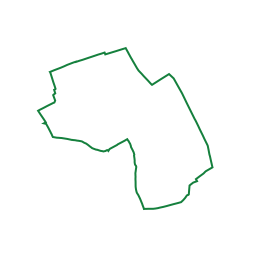 outline of Melchor Ocampo, México, Mexico, rotated 54°
{"feature_id": "50627088B63143835112864", "entity_name": "Melchor Ocampo", "entity_type": "district", "adm_level": 2, "iso_a3": "MEX", "parent_name": "Mexico", "parent_adm1": "México", "projection": "albers", "projection_center": [-99.133, 19.708], "detail": "fine", "context": "isolated", "style": "outline", "palette": "green", "viewbox_px": 256, "rotation_deg": 54, "n_neighbors": 0, "source": "geoboundaries", "source_scale": "gbopen_adm2", "svg_char_len": 2991}
<svg xmlns="http://www.w3.org/2000/svg" viewBox="0 0 256 256"><g transform="rotate(54 128 128)"><path d="M104.1,180.9L104.4,180.7L105.2,179.7L105.4,179.6L106.6,178.2L107.5,177.3L108.3,176.6L108.8,176.0L110.2,174.6L111.7,173.2L112.8,172.7L114.2,172.1L115.7,171.2L116.0,171.0L116.4,170.9L116.6,170.8L118.5,170.2L120.0,169.8L121.4,169.4L122.2,169.1L123.1,168.9L124.4,168.1L125.9,167.1L126.4,166.8L126.9,166.3L127.4,165.9L127.5,165.7L128.9,164.7L130.4,163.6L131.1,162.9L131.8,162.2L132.5,161.7L132.6,161.4L133.4,159.7L133.4,158.8L133.4,158.6L133.7,157.8L133.9,157.5L135.0,157.4L134.6,156.4L134.2,155.3L134.2,155.0L134.3,154.2L135.3,146.8L135.2,146.0L135.7,142.4L135.9,141.1L136.1,139.7L136.3,138.2L136.6,135.2L138.2,135.3L138.6,135.2L139.5,135.3L140.8,135.5L141.8,135.5L143.1,135.9L144.4,136.3L144.9,136.7L148.9,137.3L149.7,137.5L150.5,137.6L151.5,137.9L153.3,138.6L153.8,139.3L154.4,139.6L156.3,140.6L156.5,140.7L158.2,141.7L159.5,142.7L161.0,143.5L161.8,143.8L163.3,143.8L164.2,144.1L164.7,144.5L166.0,145.8L167.7,147.4L168.9,148.6L169.7,149.1L170.7,149.8L171.8,150.5L173.7,152.0L175.7,153.3L178.5,155.3L180.1,156.4L182.3,157.6L183.9,158.3L185.5,158.9L186.8,159.0L188.4,159.1L192.3,159.8L196.3,160.8L197.7,161.1L198.5,161.4L199.6,161.7L201.8,162.3L202.9,162.7L203.6,161.5L204.6,160.1L206.2,157.8L206.9,156.9L207.6,155.9L208.0,155.4L209.2,153.3L209.8,152.1L210.4,150.9L210.9,149.6L211.5,148.2L212.0,147.1L212.5,146.0L213.9,142.5L215.2,139.0L216.5,135.6L217.9,132.1L219.2,128.6L218.8,125.7L218.2,123.0L217.2,120.1L217.2,119.4L217.6,118.4L217.4,117.8L213.8,114.7L211.4,112.6L210.7,112.0L210.6,110.6L210.5,107.3L211.6,103.4L209.3,103.1L209.2,98.3L209.2,93.6L208.8,91.4L208.7,90.5L209.1,86.7L209.5,82.8L207.1,81.8L202.9,80.0L198.8,78.2L198.1,78.0L197.6,77.8L197.1,77.6L192.9,75.6L189.4,74.0L188.7,73.8L185.2,73.2L181.7,72.6L178.2,71.9L174.7,71.3L171.2,70.7L167.7,70.0L163.1,69.2L161.2,68.9L160.0,68.8L142.3,65.8L131.8,63.9L123.2,62.9L114.7,61.9L111.6,62.5L108.5,63.1L107.8,73.2L107.2,83.2L107.1,83.3L104.9,83.6L101.2,84.0L95.3,84.8L92.1,85.1L89.3,85.5L87.7,85.7L85.6,85.6L85.2,85.6L82.3,85.3L79.5,85.0L78.5,84.9L76.4,84.7L74.0,84.4L73.3,84.4L72.7,84.3L70.3,84.0L69.7,83.9L67.8,83.7L67.6,83.6L65.1,83.3L62.5,83.0L62.0,82.9L58.6,93.0L55.1,103.1L53.7,102.7L53.2,102.6L52.2,105.8L51.1,108.9L50.1,112.1L49.1,115.3L48.1,118.4L47.1,121.6L46.1,124.8L45.0,127.9L44.0,131.1L43.8,131.0L42.9,133.8L41.2,140.1L40.5,143.6L39.7,147.0L39.0,149.6L37.8,154.0L36.8,158.2L37.3,158.2L40.6,159.3L43.9,160.4L47.1,161.5L50.4,162.5L53.7,163.6L53.9,163.9L53.7,165.3L57.2,166.5L57.3,168.9L57.4,169.2L63.0,170.8L64.1,172.6L63.7,174.2L63.6,175.0L63.1,177.9L62.5,181.6L62.5,181.8L62.0,185.2L61.4,188.8L61.2,190.6L65.2,190.8L68.5,190.9L71.8,191.0L75.1,191.2L74.8,193.3L76.6,191.8L80.7,192.3L82.0,192.5L83.9,192.8L85.9,193.1L86.8,193.3L87.8,193.4L88.3,193.5L88.7,193.6L90.0,193.9L91.1,194.1L94.0,191.3L94.8,190.3L97.1,187.6L97.4,187.3L100.8,183.9L101.1,183.6L104.1,180.9Z" fill="none" stroke="#15803d" stroke-width="2"/></g></svg>